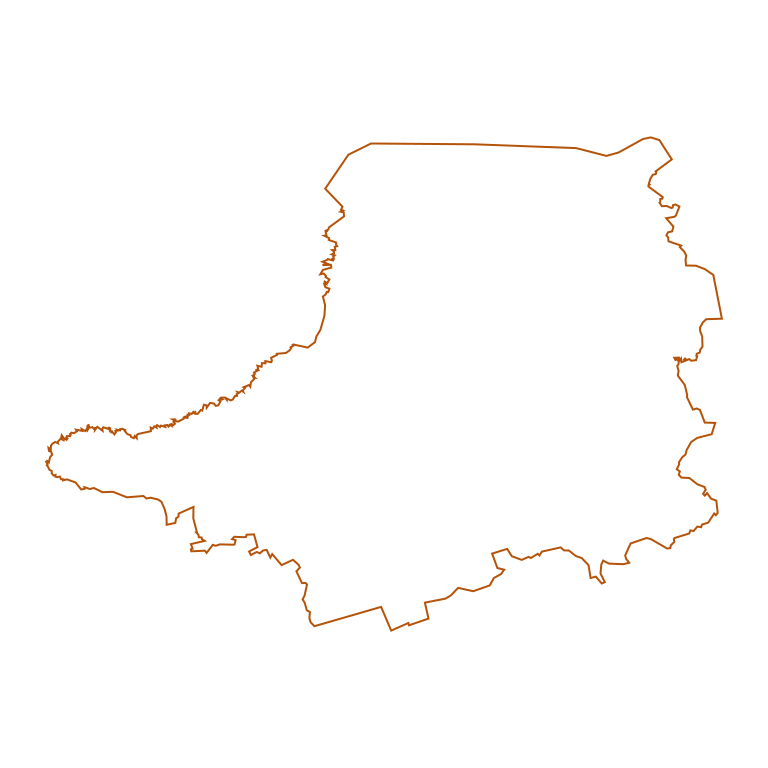 outline of Listowel Lea-6, Kerry, Ireland
{"feature_id": "5873133B46430887417549", "entity_name": "Listowel Lea-6", "entity_type": "district", "adm_level": 2, "iso_a3": "IRL", "parent_name": "Ireland", "parent_adm1": "Kerry", "projection": "orthographic", "projection_center": [-9.67, 52.458], "detail": "fine", "context": "isolated", "style": "outline", "palette": "amber", "viewbox_px": 768, "rotation_deg": 0, "n_neighbors": 0, "source": "geoboundaries", "source_scale": "gbopen_adm2", "svg_char_len": 6048}
<svg xmlns="http://www.w3.org/2000/svg" viewBox="0 0 768 768"><path d="M391.2,630.6L408.4,623.0L409.0,625.3L428.5,618.6L424.9,602.6L445.6,598.6L450.9,595.4L458.1,587.9L473.2,591.2L489.8,585.4L493.8,578.1L501.1,574.0L504.2,569.7L497.4,568.0L492.1,553.6L507.2,548.9L511.8,556.2L521.7,559.9L528.6,556.9L530.9,558.0L537.7,553.8L539.4,555.5L541.9,551.6L560.7,547.4L564.0,550.4L568.9,550.5L575.8,556.0L581.8,558.1L588.5,565.1L590.6,578.0L595.8,576.6L601.8,583.5L604.8,582.1L600.5,573.5L601.3,564.6L603.1,560.6L609.0,563.6L623.3,564.2L629.2,562.7L626.1,558.8L625.2,555.4L630.6,543.5L646.5,538.0L650.9,539.1L667.1,548.5L670.4,548.1L670.7,545.5L674.4,541.8L673.8,539.3L674.6,538.0L689.2,533.5L690.4,530.4L693.6,531.0L697.3,526.6L701.1,527.2L702.0,524.6L708.2,522.6L714.2,513.5L715.8,515.2L717.7,512.9L716.3,500.6L711.1,498.7L707.1,493.1L704.8,495.6L703.1,493.9L705.7,489.6L704.5,487.0L697.4,484.3L689.4,478.0L681.4,477.6L678.8,474.8L679.8,471.4L676.8,469.3L679.2,464.1L678.9,462.4L682.4,457.0L685.4,454.7L686.6,450.1L691.2,442.0L697.2,437.9L711.7,434.2L715.2,422.9L704.8,422.6L699.9,409.9L696.7,408.5L692.9,409.6L686.9,397.0L687.2,395.0L684.8,385.0L677.8,375.6L678.6,370.9L677.2,366.0L678.6,364.0L678.6,360.9L677.0,359.4L675.4,360.0L674.3,357.8L678.9,357.6L679.4,360.8L681.0,358.6L681.4,362.2L685.2,360.8L684.0,359.7L685.0,358.5L686.9,360.1L689.2,359.1L691.2,360.7L696.0,360.2L697.2,356.2L696.3,355.8L696.8,353.7L699.8,352.5L700.2,349.8L702.5,346.7L702.2,336.6L700.1,331.0L700.0,327.6L702.9,322.4L706.2,319.2L721.9,318.7L713.3,274.9L704.8,269.1L696.0,265.7L686.1,265.5L685.5,259.9L686.3,255.7L684.3,251.7L679.8,247.1L681.2,245.6L668.5,241.3L668.1,237.3L666.4,235.4L668.0,232.3L672.1,231.4L673.4,226.6L666.2,218.2L674.4,216.8L675.9,215.5L679.4,206.6L675.5,204.5L672.9,205.2L672.7,207.5L671.3,208.0L666.8,206.0L661.9,206.2L659.5,202.7L660.3,201.9L660.2,199.0L662.3,198.7L662.8,197.1L648.5,186.6L648.4,185.2L649.7,184.5L648.9,183.6L650.4,178.7L652.8,174.7L655.7,174.1L656.3,172.4L655.6,171.4L671.8,159.4L659.4,140.1L650.9,137.4L643.0,139.0L618.6,152.5L606.4,155.9L576.1,148.1L474.3,144.3L371.0,143.5L348.4,154.7L325.2,188.7L342.5,206.7L341.0,209.7L343.0,210.5L340.7,211.7L343.7,212.3L344.0,216.4L328.8,227.5L328.4,229.6L325.9,230.6L326.7,231.4L325.6,231.9L326.5,235.3L324.2,235.7L329.1,238.1L328.7,239.9L336.2,242.5L336.0,244.5L337.1,246.2L334.7,246.8L335.3,250.0L332.2,250.1L334.1,251.9L334.0,253.3L331.7,254.4L334.7,255.4L333.2,256.6L333.7,258.2L332.9,258.6L333.8,259.1L333.1,260.5L326.9,258.9L328.0,259.5L322.5,261.8L327.1,263.6L322.5,265.1L330.9,264.8L331.3,267.6L322.9,269.9L320.3,274.3L323.7,273.5L326.1,276.1L325.6,277.1L329.3,279.4L327.4,283.0L324.7,281.6L324.4,283.4L325.5,284.3L324.3,284.2L325.4,287.2L329.4,288.7L328.2,292.1L326.8,291.8L325.6,294.5L322.9,296.5L325.1,305.3L324.4,315.8L320.4,329.8L316.4,336.5L315.0,342.1L307.7,347.6L293.4,344.5L292.7,344.8L293.2,345.9L290.6,347.3L291.1,348.1L289.8,350.2L285.9,353.0L276.7,353.8L276.9,355.0L271.1,357.8L271.9,360.7L271.3,362.2L265.3,361.1L265.4,363.3L262.0,363.1L261.5,366.8L257.4,365.7L258.2,368.9L256.7,369.8L258.0,370.4L254.1,372.4L254.9,373.8L253.6,374.6L254.1,376.1L253.1,376.1L254.9,377.7L253.5,377.5L254.1,379.2L251.0,382.1L250.3,386.7L249.1,385.0L243.7,387.2L245.0,387.9L242.7,390.6L243.2,391.7L241.7,390.6L239.4,392.6L237.5,392.1L238.3,393.1L236.6,394.2L237.0,395.8L234.8,396.1L232.8,399.5L230.8,400.4L227.1,398.6L226.9,400.0L225.1,397.5L220.8,397.7L219.8,398.8L221.9,399.5L219.0,400.4L220.4,401.4L218.3,405.3L215.8,405.9L213.8,403.4L210.0,403.0L206.7,407.7L206.5,405.3L203.9,404.7L202.2,410.6L200.8,410.0L197.7,413.8L195.4,413.8L195.2,412.0L194.3,412.4L194.8,413.9L193.3,411.9L191.7,413.9L189.1,413.3L189.3,414.9L187.6,414.7L187.9,417.6L187.3,416.1L185.5,416.6L186.5,417.8L183.7,417.5L183.7,418.7L178.2,421.6L175.9,421.1L175.5,419.5L174.9,422.0L174.8,419.3L172.8,419.4L174.1,420.1L173.4,421.7L175.0,423.7L172.3,425.9L171.7,424.0L170.7,424.3L171.2,425.5L169.1,424.3L169.9,425.4L168.5,426.6L167.4,425.0L164.7,425.4L165.3,426.9L160.8,425.6L160.0,427.0L157.0,425.1L156.1,426.2L156.5,427.6L154.2,426.4L152.7,428.7L150.7,427.6L150.9,431.2L138.0,434.0L136.6,435.3L136.7,438.2L134.7,436.1L133.8,438.2L131.0,437.0L130.6,435.2L127.3,434.1L124.7,430.9L125.3,430.2L122.5,428.8L120.2,429.1L120.1,430.3L117.0,429.7L117.8,430.6L115.4,431.0L115.9,432.3L114.4,434.4L111.8,431.2L111.1,432.2L109.8,430.9L110.2,428.3L109.1,427.6L108.3,428.1L108.9,429.1L103.3,427.3L102.3,428.8L102.6,430.8L97.3,426.8L95.1,429.8L95.4,427.2L94.4,429.4L92.4,427.2L89.5,427.7L88.6,425.1L87.5,425.6L87.4,427.5L88.4,428.4L87.3,430.6L86.4,429.4L85.3,431.1L81.7,429.0L82.3,430.9L76.0,429.7L76.9,431.3L74.0,433.2L71.5,432.6L70.0,434.0L70.7,434.8L70.1,436.2L67.1,436.0L66.3,437.4L67.5,438.6L66.7,439.6L66.1,438.4L64.9,439.5L61.7,435.3L61.3,437.3L62.5,439.7L60.6,438.7L57.5,442.2L57.9,443.2L55.2,442.0L52.4,443.7L51.0,445.6L50.8,449.4L48.5,447.8L49.0,451.0L51.1,451.7L52.2,454.6L50.0,457.3L48.9,462.4L47.2,460.9L46.1,461.7L47.6,464.3L46.3,465.9L47.3,465.4L49.4,469.7L51.7,471.0L51.7,473.3L53.5,475.5L55.5,474.9L55.4,476.6L57.1,477.2L59.8,476.5L61.0,479.2L63.3,479.3L63.1,480.3L67.1,479.4L75.6,482.5L81.2,489.5L84.6,488.8L84.4,487.1L89.8,489.0L93.9,488.0L102.4,492.2L112.9,491.8L127.0,497.3L143.4,496.0L146.5,498.5L150.4,497.7L158.1,499.5L161.5,501.9L164.6,509.0L166.5,516.5L166.7,524.8L175.3,522.9L176.1,518.3L178.5,516.6L178.6,513.6L193.5,506.9L193.3,518.3L196.9,532.2L196.1,532.4L198.5,534.8L198.8,537.2L201.6,537.5L201.9,539.1L204.7,540.9L190.9,544.1L192.6,548.7L190.9,549.3L191.3,551.3L204.9,550.7L206.6,552.9L212.8,544.8L215.6,545.8L219.9,544.4L233.7,544.7L234.6,544.4L235.6,540.1L232.1,539.1L234.2,536.8L244.4,537.2L246.0,536.9L246.6,534.7L254.0,534.4L257.5,547.1L249.1,551.5L250.8,555.0L256.7,552.0L259.9,553.3L263.0,550.5L266.7,549.9L270.3,557.6L272.2,554.1L281.6,565.1L293.0,559.8L298.6,564.8L299.9,567.6L296.4,571.3L302.0,583.1L305.5,582.9L307.0,584.5L304.5,595.8L302.6,599.4L304.7,602.7L306.8,610.3L309.9,612.0L309.4,618.5L310.7,622.3L314.4,626.2L381.1,606.9L391.2,630.6Z" fill="none" stroke="#b45309" stroke-width="2"/></svg>